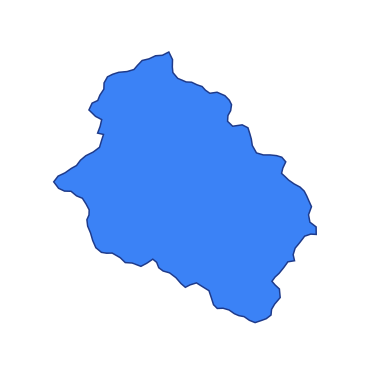 Senador Amaral, Minas Gerais, Brazil (Mercator projection), rotated 215°
{"feature_id": "56859067B51175740111103", "entity_name": "Senador Amaral", "entity_type": "district", "adm_level": 2, "iso_a3": "BRA", "parent_name": "Brazil", "parent_adm1": "Minas Gerais", "projection": "mercator", "projection_center": [-46.219, -22.558], "detail": "fine", "context": "isolated", "style": "filled", "palette": "blue", "viewbox_px": 384, "rotation_deg": 215, "n_neighbors": 0, "source": "geoboundaries", "source_scale": "gbopen_adm2", "svg_char_len": 1785}
<svg xmlns="http://www.w3.org/2000/svg" viewBox="0 0 384 384"><g transform="rotate(215 192 192)"><path d="M87.5,116.6L82.7,117.6L77.8,119.8L71.4,119.8L65.4,121.2L61.5,126.5L58.5,130.8L56.7,136.5L59.5,141.5L60.0,147.5L59.2,156.1L64.8,162.7L70.6,163.5L75.3,164.7L75.2,169.9L74.0,175.5L73.5,182.8L73.4,189.8L68.6,194.5L73.2,198.7L75.3,205.1L74.7,212.9L74.4,220.4L70.6,225.6L65.9,228.5L70.3,234.6L78.1,234.9L83.5,240.2L85.7,248.5L91.4,251.9L95.8,254.6L100.6,257.1L106.3,258.0L113.0,257.2L119.8,257.2L124.6,258.0L129.3,258.6L131.3,263.6L132.5,270.5L138.4,272.0L143.6,270.3L149.2,267.2L154.8,263.3L161.6,261.0L169.3,264.7L173.8,269.4L177.8,272.7L183.0,276.7L189.4,275.8L196.4,269.2L203.4,270.3L206.4,275.2L207.0,280.8L209.7,286.2L214.1,288.6L220.3,289.8L228.7,288.1L234.0,283.1L239.4,283.1L244.2,284.2L249.4,282.7L255.3,281.7L259.9,278.8L268.9,276.9L276.2,278.9L279.8,283.1L283.9,289.3L291.3,293.4L294.7,287.0L300.0,282.7L303.7,276.3L308.3,271.1L309.3,264.4L309.8,259.1L314.2,253.5L320.7,248.0L324.5,243.0L327.3,237.9L326.6,230.9L323.2,225.7L323.0,218.5L321.7,212.9L324.8,207.5L323.5,200.1L314.4,198.6L307.5,199.5L304.9,193.1L303.1,186.1L297.5,188.4L295.7,182.5L293.4,175.6L295.9,168.0L299.8,160.8L301.6,154.1L301.8,147.4L304.4,142.1L307.0,134.9L310.8,128.2L311.1,121.0L303.4,118.5L297.0,119.6L291.5,123.2L284.4,122.6L278.2,124.0L271.9,121.4L266.0,118.4L263.2,114.1L262.2,109.0L257.9,104.2L251.7,100.3L245.5,95.3L238.8,91.2L231.6,90.6L227.0,92.8L222.3,96.2L213.1,97.0L206.2,95.9L200.3,99.5L191.2,101.8L188.1,107.9L185.6,114.5L180.6,114.1L175.8,110.9L170.4,110.7L164.0,112.9L156.0,112.6L148.5,110.7L142.8,110.1L140.3,114.8L136.2,120.1L128.5,120.5L121.5,120.9L114.9,116.0L109.7,112.0L104.5,111.1L99.9,114.6L94.0,116.6L87.5,116.6Z" fill="#3b82f6" stroke="#1e3a8a" stroke-width="1.5"/></g></svg>